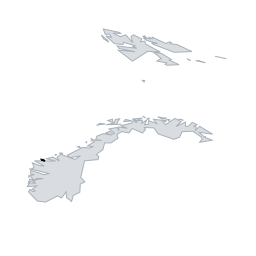 location of Ålesund nor, Møre og Romsdal, Norway, rotated 15°
{"feature_id": "86288312B66983801026495", "entity_name": "Ålesund nor", "entity_type": "district", "adm_level": 2, "iso_a3": "NOR", "parent_name": "Norway", "parent_adm1": "Møre og Romsdal", "projection": "robinson", "projection_center": [6.304, 62.469], "detail": "fine", "context": "in_parent", "style": "filled", "palette": "ink", "viewbox_px": 256, "rotation_deg": 15, "n_neighbors": 0, "source": "geoboundaries", "source_scale": "gbopen_adm2", "svg_char_len": 4535}
<svg xmlns="http://www.w3.org/2000/svg" viewBox="0 0 256 256"><g transform="rotate(15 128 128)"><path d="M152.9,121.2L143.6,123.3L145.3,124.8L143.3,129.1L132.3,127.4L130.2,132.5L122.9,133.1L118.9,137.1L121.0,140.4L115.4,146.8L109.3,148.4L109.3,155.5L104.1,161.9L107.1,163.0L107.2,166.3L94.5,170.9L95.1,187.9L100.3,191.2L96.4,194.4L98.1,202.5L92.6,207.3L92.5,213.5L86.6,211.1L84.8,205.7L82.0,212.7L77.5,211.8L67.6,220.9L59.2,222.0L48.5,215.4L49.2,212.7L52.7,214.0L54.6,212.8L51.2,211.9L54.9,207.6L45.8,210.7L47.0,206.8L53.5,205.2L50.1,204.7L53.0,201.3L59.1,198.8L53.1,200.3L45.9,206.8L46.4,202.6L49.8,202.3L45.9,199.4L49.5,197.2L45.8,197.7L45.0,194.0L59.3,194.8L63.3,192.5L45.7,192.7L47.4,190.0L44.6,186.4L52.2,187.2L57.1,186.5L46.1,183.9L66.6,178.7L57.2,178.8L62.9,175.4L70.2,177.7L67.0,174.8L69.8,170.8L84.8,172.1L89.4,167.2L79.9,171.6L76.5,169.9L89.3,158.4L96.1,157.3L98.8,155.2L93.5,155.7L99.2,149.9L97.5,148.6L105.8,146.9L99.7,147.5L100.1,143.9L105.8,139.8L114.4,139.1L107.9,138.5L111.1,135.9L115.5,137.8L116.0,136.3L109.9,133.8L117.6,130.2L119.8,133.2L118.8,129.4L127.5,128.5L120.6,127.6L130.4,122.2L131.2,119.4L135.2,120.8L133.4,119.3L140.0,116.6L140.1,119.9L144.0,115.3L143.2,120.6L147.1,119.0L145.9,115.6L154.7,116.3L150.3,113.0L158.5,111.8L163.4,115.0L170.9,106.6L177.6,108.2L174.0,114.0L182.0,107.4L183.3,111.5L185.8,110.7L188.6,106.0L193.8,106.9L191.2,109.3L193.6,109.4L193.9,112.8L196.8,107.8L211.3,112.1L197.8,113.7L204.4,117.1L212.4,117.9L200.9,123.3L202.5,119.4L200.9,117.7L191.4,114.3L181.2,117.5L180.1,123.6L175.4,127.0L158.8,125.9L152.9,121.2ZM109.2,36.6L118.2,38.4L117.7,41.4L121.6,39.8L123.5,42.4L139.4,46.2L127.2,48.9L115.0,62.3L98.5,55.4L115.0,52.5L98.9,53.5L96.3,51.6L115.9,48.7L111.7,48.0L113.5,46.8L101.6,46.4L101.5,48.7L93.2,50.0L82.7,44.7L88.5,44.7L85.9,42.1L81.7,43.3L78.5,38.7L95.2,37.9L96.5,38.6L89.0,40.1L97.0,41.8L101.6,38.6L110.7,44.5L107.1,39.0L109.2,36.6ZM127.9,34.0L142.6,36.6L145.9,34.0L147.7,34.3L146.9,35.7L153.8,34.7L170.0,37.6L153.2,42.9L131.3,40.7L128.7,39.9L134.7,38.7L123.2,38.6L120.4,37.4L123.6,36.6L118.3,36.0L126.2,36.2L125.1,34.9L128.3,35.5L127.9,34.0ZM140.9,47.3L152.0,50.6L150.4,51.8L161.0,53.6L149.6,57.2L147.4,56.9L148.6,55.1L138.6,55.8L142.1,52.3L133.2,48.2L140.9,47.3ZM115.7,127.3L120.7,126.0L106.1,130.5L113.4,126.8L113.6,123.1L117.6,121.2L115.7,127.3ZM123.2,120.4L130.1,120.1L122.2,122.9L123.2,120.4ZM129.8,118.3L139.3,114.7L134.5,118.5L129.8,118.3ZM78.1,45.0L85.5,48.5L87.3,50.0L81.5,48.3L78.1,45.0ZM110.7,123.5L112.2,126.8L106.6,126.0L110.7,123.5ZM162.8,108.2L159.2,110.5L153.8,109.5L159.9,109.1L162.8,108.2ZM163.7,109.8L162.4,112.4L160.0,111.7L163.7,109.8ZM99.9,130.8L105.2,130.0L99.5,132.2L99.9,130.8ZM204.6,35.7L193.3,36.2L204.9,35.6L204.6,35.7ZM179.2,44.6L186.0,45.0L175.9,45.4L179.2,44.6ZM174.3,106.4L178.2,105.9L179.5,106.4L174.3,106.4ZM166.2,109.2L165.6,110.6L164.4,109.4L166.2,109.2ZM145.8,113.0L145.9,114.4L144.3,113.9L145.8,113.0ZM131.9,78.0L131.6,79.4L129.6,78.3L131.9,78.0ZM171.3,46.6L168.1,46.4L167.7,45.9L171.3,46.6ZM86.1,158.3L87.2,159.6L84.2,159.3L86.1,158.3ZM139.0,112.7L141.1,113.2L142.3,114.0L139.0,112.7ZM120.2,34.7L121.6,35.4L119.5,35.1L120.2,34.7ZM71.2,169.9L67.8,170.0L71.3,169.3L71.2,169.9ZM66.3,172.0L65.1,173.1L64.5,172.5L66.3,172.0ZM98.7,132.6L97.0,133.7L98.8,131.7L98.7,132.6ZM45.3,199.9L44.9,201.7L44.6,199.4L45.3,199.9ZM96.1,148.9L95.3,147.9L96.4,147.9L96.1,148.9ZM205.0,115.7L204.8,116.9L204.6,116.7L205.0,115.7ZM97.1,149.8L95.2,150.0L97.5,149.6L97.1,149.8ZM91.6,152.0L91.8,153.0L90.9,152.7L91.6,152.0ZM44.4,192.6L43.6,193.6L43.8,192.8L44.4,192.6Z" fill="#d9dde1" stroke="#a8b0b8" stroke-width="1"/><path d="M54.5,181.4L54.8,181.4L54.8,181.5L54.7,181.5L54.8,181.5L55.0,181.4L55.3,181.4L55.5,181.4L55.8,181.4L55.8,181.2L55.7,181.2L55.4,181.0L55.1,181.0L55.1,180.9L54.9,180.9L54.7,180.9L54.6,181.0L54.4,181.0L54.1,181.0L53.9,181.1L53.7,181.1L53.8,181.1L53.7,181.1L53.8,181.1L54.0,181.2L54.3,181.1L54.5,181.2L54.4,181.2L54.5,181.2L54.4,181.2L54.5,181.2L54.5,181.3L54.4,181.3L54.5,181.4L54.4,181.4L54.5,181.4ZM55.3,180.6L55.2,180.6L54.9,180.6L54.7,180.7L54.4,180.7L54.2,180.7L54.3,180.7L54.2,180.6L53.9,180.7L54.0,180.7L53.9,180.7L53.7,180.7L53.7,180.8L53.4,180.8L53.2,180.8L53.3,180.9L53.5,180.8L53.8,180.8L54.0,180.9L54.3,180.8L54.5,180.8L54.8,180.8L55.1,180.7L55.3,180.6ZM53.4,181.0L53.2,181.0L53.3,181.1L53.5,181.1L53.8,181.1L53.7,181.0L53.4,181.0L53.4,181.0ZM52.8,181.1L52.7,181.1L52.8,181.2L53.2,181.2L52.9,181.1L52.8,181.1ZM54.2,181.3L54.3,181.3L54.2,181.4L54.3,181.4L54.2,181.3Z" fill="#0f172a" stroke="#020617" stroke-width="1.5"/></g></svg>